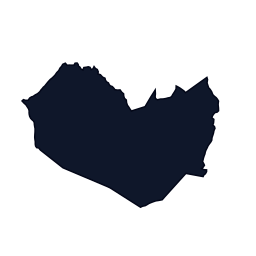 the district of Carira, Sergipe, Brazil, rotated 74°
{"feature_id": "56859067B91089442676951", "entity_name": "Carira", "entity_type": "district", "adm_level": 2, "iso_a3": "BRA", "parent_name": "Brazil", "parent_adm1": "Sergipe", "projection": "albers", "projection_center": [-37.744, -10.353], "detail": "fine", "context": "isolated", "style": "filled", "palette": "ink", "viewbox_px": 256, "rotation_deg": 74, "n_neighbors": 0, "source": "geoboundaries", "source_scale": "gbopen_adm2", "svg_char_len": 2315}
<svg xmlns="http://www.w3.org/2000/svg" viewBox="0 0 256 256"><g transform="rotate(74 128 128)"><path d="M195.4,69.2L194.1,68.1L193.3,66.2L191.6,64.5L189.9,64.0L189.0,66.4L187.3,68.5L186.4,66.6L184.9,64.8L182.9,65.1L181.0,65.6L179.4,64.7L177.6,63.7L175.8,62.5L174.1,61.2L172.3,60.3L170.8,59.2L169.0,57.5L167.1,55.9L165.8,54.3L164.3,52.3L162.9,50.9L160.4,49.9L158.4,48.5L156.4,47.2L154.2,46.1L152.3,44.5L150.4,44.5L148.5,45.7L146.8,44.4L145.0,43.7L143.3,43.1L141.3,44.6L139.7,43.5L138.5,42.2L137.2,40.3L137.3,37.9L136.4,36.2L133.7,35.5L131.9,35.2L130.3,34.9L128.7,34.3L127.1,33.6L125.0,34.1L123.1,34.9L121.3,36.2L119.3,37.3L116.2,37.6L113.5,38.4L111.6,39.4L109.2,39.5L106.5,39.6L104.9,38.9L103.4,38.2L101.1,38.2L109.9,62.9L107.8,64.0L106.0,65.4L104.1,66.9L102.2,68.7L100.9,70.1L103.9,71.1L106.3,73.6L108.2,75.8L109.9,77.5L110.3,79.4L110.1,81.4L110.1,83.2L109.8,86.1L109.1,88.9L109.0,92.0L107.2,93.5L105.0,93.2L102.9,92.3L101.2,91.9L99.0,91.4L104.7,97.8L112.2,105.7L112.6,120.1L110.3,120.9L107.8,121.6L106.0,122.3L103.2,122.4L100.6,121.9L98.6,123.2L96.1,123.3L93.9,122.8L91.8,124.2L89.2,125.1L88.7,127.5L87.6,130.0L85.7,130.7L83.8,131.7L82.6,133.4L81.2,134.1L79.2,134.4L77.6,136.0L75.5,136.5L73.8,136.4L72.1,138.4L69.2,139.8L67.7,142.0L65.7,141.1L63.3,141.4L61.8,142.9L59.6,143.7L61.5,145.4L61.7,147.3L59.2,147.8L58.2,149.3L58.1,151.1L57.7,153.8L59.8,155.3L58.3,157.0L56.3,157.4L54.9,158.5L53.1,158.4L51.5,159.0L51.1,161.0L52.7,162.7L52.1,164.8L51.4,166.9L50.9,169.2L48.4,170.4L48.8,173.2L50.4,174.8L51.7,176.9L53.7,178.7L55.1,181.2L57.0,183.5L58.0,185.2L59.0,187.1L59.9,189.3L60.8,190.8L61.8,192.4L63.3,194.5L64.8,196.6L65.4,198.1L66.5,199.6L67.4,201.1L68.8,202.7L70.1,205.5L70.6,208.0L71.5,210.6L71.5,212.3L72.1,214.3L73.8,216.3L73.2,218.8L71.9,220.7L72.8,222.4L75.4,221.1L77.6,219.7L79.9,219.0L82.2,218.3L84.2,218.3L86.1,218.9L87.7,219.2L89.6,219.3L91.8,218.9L93.6,218.0L95.1,217.0L96.9,216.6L98.6,217.0L100.8,217.3L103.0,217.5L106.3,218.5L108.5,219.3L111.1,220.2L113.3,220.6L115.6,220.9L118.0,221.6L119.9,221.8L121.7,221.2L122.6,219.3L125.0,218.3L148.3,201.5L178.6,164.0L180.6,161.7L207.6,137.8L207.2,135.6L207.4,132.8L206.9,130.7L206.3,128.6L206.1,126.9L205.9,124.9L205.7,121.4L206.1,118.4L206.4,114.9L204.5,112.0L200.2,105.1L187.6,84.9L195.4,69.2Z" fill="#0f172a" stroke="#020617" stroke-width="1.5"/></g></svg>